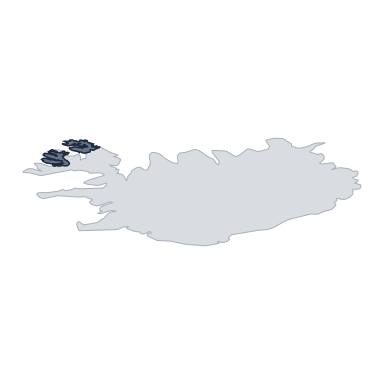 Ísafjarðarbær, Vestfirðir, Iceland shown in context
{"feature_id": "244011B55108803715122", "entity_name": "Ísafjarðarbær", "entity_type": "district", "adm_level": 2, "iso_a3": "ISL", "parent_name": "Iceland", "parent_adm1": "Vestfirðir", "projection": "equal_earth", "projection_center": [-22.968, 66.078], "detail": "fine", "context": "in_parent", "style": "filled", "palette": "slate", "viewbox_px": 384, "rotation_deg": 0, "n_neighbors": 0, "source": "geoboundaries", "source_scale": "gbopen_adm2", "svg_char_len": 8807}
<svg xmlns="http://www.w3.org/2000/svg" viewBox="0 0 384 384"><path d="M296.8,148.0L300.3,148.1L306.0,147.0L314.0,143.7L317.5,142.9L325.4,142.9L316.0,146.2L312.7,149.7L310.1,151.4L310.2,152.2L317.2,154.4L320.4,153.7L321.9,153.9L323.2,155.0L324.3,157.0L323.9,159.1L322.1,161.2L319.6,163.0L320.0,163.6L322.1,163.9L333.3,162.8L334.8,165.4L335.9,166.3L335.6,167.2L331.4,170.0L336.5,168.2L340.6,167.7L347.8,168.6L350.8,169.6L352.7,171.4L356.2,170.9L357.9,171.9L358.1,173.0L356.7,176.0L352.6,177.5L355.4,179.7L357.5,179.7L357.9,180.2L357.8,181.5L354.7,183.0L360.2,184.7L361.0,185.4L360.8,187.3L360.0,188.4L358.4,189.1L354.5,189.2L352.2,189.9L353.1,191.1L352.6,194.4L349.8,197.1L347.0,198.6L344.3,199.5L336.4,198.5L336.9,200.8L334.2,202.3L334.9,203.5L335.9,204.1L335.5,205.7L332.2,208.9L329.8,210.0L324.8,211.2L317.8,214.2L310.5,214.1L292.7,218.4L285.8,220.7L273.4,227.6L268.1,229.4L259.0,230.2L231.5,234.8L228.5,237.5L228.4,238.1L229.7,239.2L227.7,241.1L223.5,242.5L221.5,242.5L218.1,241.3L217.6,241.9L219.1,243.4L205.6,245.8L186.7,244.5L170.0,241.1L156.7,240.4L147.3,235.7L147.1,235.0L148.0,233.5L151.4,232.9L149.7,231.5L144.2,234.0L142.4,233.9L139.9,232.9L139.8,231.9L135.1,231.6L127.0,228.6L126.4,227.9L128.3,226.9L127.9,226.7L123.5,226.9L117.2,229.6L79.5,230.7L78.2,229.3L76.6,223.9L77.9,221.7L79.5,221.9L83.9,224.9L94.0,223.2L98.1,222.1L101.8,219.2L104.0,218.2L107.0,214.6L110.1,212.3L116.5,211.2L110.8,210.6L101.3,213.5L98.1,213.5L99.6,212.2L102.8,210.8L100.6,210.7L99.7,210.1L99.6,208.7L101.3,206.5L112.4,202.6L109.8,201.9L102.1,204.8L96.4,205.9L91.8,204.5L89.6,202.7L89.7,201.9L92.4,199.6L91.9,199.1L90.1,198.9L85.1,196.7L77.2,197.0L57.8,195.7L43.1,198.7L39.5,197.3L36.7,194.4L37.3,193.2L39.9,192.6L47.0,192.7L57.6,191.3L62.4,189.6L64.3,190.0L65.2,190.8L71.7,189.6L75.1,188.1L81.0,188.8L102.9,188.0L105.7,186.0L106.8,183.7L106.3,183.2L98.3,185.4L96.4,185.3L87.1,184.2L83.7,182.9L84.8,181.9L89.8,179.6L102.3,176.0L104.0,175.2L104.2,174.3L99.2,172.8L89.8,173.2L87.4,171.3L79.5,170.2L74.3,170.9L71.6,169.8L40.8,175.7L30.8,173.0L23.7,172.5L23.0,171.7L27.2,169.1L30.1,168.6L32.9,168.9L38.4,170.7L42.1,171.2L37.4,168.6L37.2,166.1L35.8,165.4L34.3,163.7L34.9,163.2L40.6,163.5L49.6,166.4L54.0,165.9L59.8,164.1L46.9,163.0L43.0,160.7L45.8,159.5L52.4,159.7L45.0,155.8L44.7,155.1L46.0,153.3L55.2,154.8L50.4,152.5L50.2,152.0L51.6,151.6L52.4,150.2L54.7,149.6L59.4,150.1L66.6,152.8L67.7,153.5L68.0,156.3L70.8,155.8L74.2,156.2L77.0,154.3L79.0,154.8L80.5,156.4L80.4,160.1L82.3,158.8L85.7,158.7L86.2,155.7L85.6,153.3L74.5,150.5L70.2,148.5L70.6,147.9L72.8,147.2L84.3,146.8L79.4,145.6L78.2,144.4L69.4,144.8L65.0,144.3L64.9,143.7L66.6,142.8L71.9,141.0L82.0,140.8L86.1,141.3L93.9,145.4L100.2,147.1L110.7,152.6L117.4,154.8L117.7,155.3L116.7,156.0L114.1,156.7L118.1,157.7L120.5,159.2L120.7,159.8L118.6,164.3L116.1,165.8L109.8,165.0L111.3,166.4L115.8,168.0L116.8,168.8L116.2,169.7L118.3,169.4L119.0,169.9L118.0,172.5L116.9,173.4L120.6,173.9L123.2,175.2L126.4,180.5L128.0,176.5L128.8,175.0L130.3,174.4L132.1,170.3L136.2,167.9L140.0,167.0L144.1,169.8L147.0,170.1L149.9,165.1L150.2,161.4L149.2,157.4L149.6,154.5L151.6,152.8L154.2,152.3L159.8,154.0L164.5,158.0L171.6,162.4L176.5,163.5L177.4,163.3L178.2,161.9L177.3,156.2L179.5,153.1L185.2,152.4L193.8,149.6L195.8,149.5L200.1,151.1L208.1,156.8L213.7,159.5L216.7,163.8L218.0,164.6L219.2,163.3L219.2,161.4L212.2,152.5L212.0,151.3L212.6,150.4L224.6,150.9L227.3,151.8L235.8,156.8L239.8,154.8L247.6,148.9L250.4,149.1L257.4,151.5L260.1,151.2L268.1,149.1L269.6,146.4L265.8,140.8L267.2,139.6L274.6,138.2L282.6,138.5L291.3,143.7L291.8,146.1L296.8,148.0Z" fill="#d9dde1" stroke="#a8b0b8" stroke-width="1"/><path d="M52.0,149.7L50.9,150.3L50.1,150.6L50.3,150.9L51.9,150.9L52.5,151.0L54.0,151.2L54.6,151.5L55.1,152.0L56.7,152.5L57.5,152.9L55.2,152.3L53.8,151.6L51.8,151.2L50.9,151.6L48.9,151.6L48.3,151.7L48.2,151.8L48.7,152.3L50.5,152.9L51.7,153.5L52.6,153.8L52.9,154.1L53.0,154.1L52.9,154.0L53.0,154.0L53.0,153.9L53.4,153.9L55.5,154.6L56.0,154.9L55.9,155.0L56.0,155.1L56.2,155.3L56.2,155.7L56.4,155.6L56.6,155.8L56.8,155.9L57.6,156.1L57.3,156.1L57.5,156.1L57.4,156.1L56.6,156.1L56.3,156.1L55.8,155.9L55.5,155.9L55.3,155.7L55.5,155.6L55.8,155.7L55.6,155.4L55.9,155.2L55.6,155.4L55.2,155.0L55.3,154.8L55.2,154.8L55.1,155.0L54.8,155.1L51.0,154.4L47.9,153.6L46.9,153.7L45.2,153.3L44.5,153.4L43.9,153.9L43.9,154.2L43.4,154.4L43.4,154.6L43.9,155.1L43.6,155.4L44.4,155.6L45.3,156.3L46.2,156.7L46.6,156.8L47.2,157.2L48.8,157.9L49.9,158.1L50.2,158.5L51.1,158.8L51.8,158.9L52.5,159.1L53.7,159.1L54.8,159.4L55.0,159.8L55.0,160.0L55.3,159.9L56.3,160.1L58.3,160.1L58.8,160.3L58.9,160.5L58.9,160.4L59.6,160.5L60.1,160.5L60.7,160.8L62.2,160.9L63.0,161.1L61.2,161.1L58.5,160.6L58.9,160.5L58.5,160.6L57.9,160.5L57.3,160.6L56.4,160.6L55.7,160.4L55.6,160.5L54.9,160.4L54.0,160.1L53.5,159.8L53.5,159.6L52.6,159.6L51.3,159.9L50.5,159.9L49.9,159.7L49.2,159.6L48.9,159.1L45.7,158.5L43.7,158.2L42.9,158.5L42.2,159.0L42.3,159.0L42.1,159.3L41.9,159.4L42.2,160.0L42.7,160.4L42.7,160.7L42.9,160.7L42.8,160.8L43.1,161.0L43.1,161.3L46.7,163.1L47.7,163.1L52.2,163.9L52.5,163.9L52.9,163.7L55.9,163.9L58.5,163.6L59.8,163.6L61.5,163.0L62.3,162.9L62.9,163.0L63.3,163.2L62.6,163.5L61.7,163.6L61.2,163.9L61.6,164.1L62.1,164.1L62.1,164.4L62.0,164.6L60.4,164.4L58.2,164.4L58.2,164.5L57.1,164.8L53.6,164.8L52.2,165.1L52.6,165.2L53.1,165.6L54.5,166.2L55.0,166.2L56.2,165.5L58.3,166.1L60.4,166.0L62.2,165.4L64.8,165.9L66.0,165.7L67.3,165.7L67.7,165.5L68.5,164.7L69.3,164.0L69.4,163.5L69.3,163.0L68.7,162.5L68.4,161.9L67.7,161.4L67.2,160.7L65.1,159.8L64.5,159.1L64.3,158.7L62.8,157.7L62.8,157.4L62.8,156.9L63.3,156.4L63.0,156.2L63.9,155.9L64.1,155.8L64.7,155.6L64.9,154.9L66.8,154.6L67.4,154.4L68.2,153.6L68.3,153.3L68.8,152.9L68.1,152.5L67.2,152.3L65.3,153.4L63.9,153.8L64.1,153.9L63.8,153.9L64.1,153.9L63.6,154.2L63.5,153.9L63.8,153.9L63.2,153.5L64.7,153.2L64.8,153.3L64.6,153.4L64.6,153.5L65.0,153.3L65.1,153.2L64.7,153.0L65.3,152.2L64.9,151.9L64.8,151.6L64.1,151.1L62.6,151.3L62.5,151.5L62.7,151.9L62.6,152.0L62.1,152.2L61.1,152.2L60.8,152.5L60.1,152.8L60.1,153.0L59.8,153.1L58.2,152.5L56.7,151.4L53.1,150.4L52.9,150.0L52.0,149.7ZM100.3,146.6L98.7,147.1L96.9,147.1L96.4,146.8L96.4,146.6L96.8,146.1L96.8,145.9L96.6,145.9L96.3,146.0L95.8,146.5L95.6,146.8L95.1,147.1L94.9,147.3L94.5,147.2L94.8,147.0L94.9,146.7L94.9,146.4L94.6,146.3L92.8,147.0L92.2,146.9L91.9,146.6L92.9,145.7L92.1,145.4L91.9,145.2L92.6,144.9L93.2,144.5L93.3,144.3L91.9,144.5L91.6,144.3L91.4,144.0L91.9,143.7L90.6,143.5L90.9,143.2L89.8,143.0L89.5,142.8L88.7,142.8L88.4,142.6L88.0,142.5L88.0,142.3L87.8,142.1L87.4,141.9L87.2,141.8L87.3,141.8L87.2,141.7L87.2,141.3L87.0,141.0L87.1,140.8L86.7,140.7L86.8,140.5L85.0,140.1L84.7,140.2L85.7,140.9L85.6,141.3L85.4,141.4L84.4,141.5L84.1,141.4L83.9,141.2L83.3,141.3L83.2,141.2L83.2,140.9L82.9,140.7L82.4,140.6L81.5,140.1L80.7,140.1L80.2,140.2L80.6,140.7L80.5,140.9L79.9,141.1L79.5,141.2L79.3,141.6L78.9,141.8L78.2,141.8L77.2,141.7L76.8,141.2L76.6,141.1L74.8,140.8L74.5,140.9L73.4,140.3L72.4,140.1L70.6,140.0L69.9,140.1L70.0,140.3L70.8,140.5L70.7,140.8L69.9,141.2L67.9,141.1L67.4,141.3L67.2,141.6L65.5,141.1L64.3,141.3L65.2,141.7L66.6,142.7L67.1,142.7L67.6,142.6L67.9,142.7L68.0,142.9L68.0,143.2L67.7,143.7L66.8,143.9L66.5,144.1L65.9,144.2L65.5,144.2L64.9,144.0L63.0,143.7L62.6,143.7L62.5,144.0L62.9,144.3L63.9,144.8L66.0,145.2L67.7,145.8L69.4,145.7L69.7,145.8L70.5,145.4L71.6,145.3L72.3,145.0L72.2,144.7L72.4,144.6L72.5,144.4L74.5,143.9L75.2,143.4L75.3,143.5L74.9,144.0L73.9,144.3L73.5,145.0L73.5,145.3L75.0,145.2L76.1,145.0L77.0,144.7L77.7,144.2L77.9,143.8L78.2,143.7L80.6,143.4L80.5,143.6L80.5,143.8L79.2,143.9L78.9,144.0L78.7,144.0L78.8,144.3L78.6,144.6L77.5,145.5L79.0,146.0L81.3,146.2L83.0,145.5L83.4,145.2L83.7,145.0L83.7,144.7L83.4,144.6L83.5,144.6L84.6,144.7L84.5,144.8L84.3,145.0L85.2,145.4L84.4,145.5L83.3,146.1L82.2,146.2L82.2,146.3L81.7,146.7L82.0,146.8L84.5,146.8L86.7,146.5L87.2,146.6L87.7,146.6L88.1,146.7L87.1,146.9L86.6,146.8L86.2,147.1L85.1,147.2L83.3,147.3L83.2,147.4L83.3,147.6L83.2,147.7L82.0,147.4L81.9,147.8L82.4,148.1L82.0,148.4L81.2,148.0L80.8,147.6L80.4,147.5L80.2,147.5L78.6,147.6L75.8,146.9L74.4,146.9L72.6,147.2L72.2,147.3L72.5,147.5L72.3,147.6L71.4,147.5L69.8,147.8L69.3,148.0L69.3,148.3L69.8,149.0L70.6,149.5L72.2,150.3L73.6,150.7L75.2,150.9L75.6,151.1L77.0,151.2L79.2,151.8L81.2,152.1L81.5,152.2L81.8,152.6L83.6,153.0L84.6,153.1L85.1,153.2L85.7,152.9L86.3,152.7L86.5,152.8L86.6,152.7L87.0,152.8L87.8,152.3L89.6,152.1L90.1,151.8L90.4,149.6L91.4,149.8L92.1,149.8L92.2,150.0L92.9,150.3L93.5,150.2L95.1,149.4L95.9,148.9L96.0,148.7L97.4,148.4L98.0,148.1L98.1,147.8L99.2,147.6L99.2,147.3L100.3,146.6ZM79.0,152.0L78.7,152.1L78.8,152.2L78.7,152.4L79.1,152.6L79.1,152.4L79.3,152.2L79.1,152.2L79.0,152.0ZM57.1,156.0L56.7,156.0L57.1,156.1L57.1,156.0Z" fill="#64748b" stroke="#1e293b" stroke-width="1.5"/></svg>